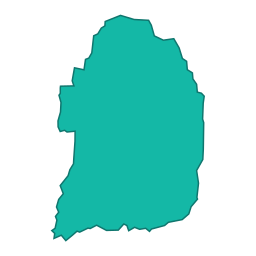 Florida, Puerto Rico
{"feature_id": "32010507B91189931708887", "entity_name": "Florida", "entity_type": "district", "adm_level": 2, "iso_a3": "PRI", "parent_name": "Puerto Rico", "parent_adm1": "", "projection": "natural_earth1", "projection_center": [-66.565, 18.375], "detail": "fine", "context": "isolated", "style": "filled", "palette": "teal", "viewbox_px": 256, "rotation_deg": 0, "n_neighbors": 0, "source": "geoboundaries", "source_scale": "gbopen_adm2", "svg_char_len": 1134}
<svg xmlns="http://www.w3.org/2000/svg" viewBox="0 0 256 256"><path d="M197.5,199.1L196.9,197.5L198.5,183.2L196.6,170.5L202.8,159.5L203.3,149.3L203.7,122.6L202.6,119.1L203.2,103.3L204.2,96.2L201.4,93.2L197.3,92.1L196.6,84.3L192.9,78.9L192.4,72.9L187.3,69.7L186.6,61.3L182.4,58.5L179.1,47.9L173.8,38.7L163.4,40.2L154.3,35.9L151.3,25.2L148.6,20.3L134.1,19.5L120.5,15.4L105.2,21.5L104.9,25.9L101.3,28.1L97.8,33.9L93.7,35.8L91.8,52.9L88.8,58.1L85.5,59.4L84.0,69.8L74.5,67.8L72.2,80.8L73.9,85.9L60.5,86.2L60.3,87.9L60.3,93.4L59.0,95.2L61.0,102.5L60.5,112.1L58.0,120.9L58.1,126.9L60.2,131.5L64.6,130.3L67.0,132.0L75.1,131.2L75.0,141.3L73.7,160.0L73.5,163.8L69.9,169.7L68.1,175.7L60.2,185.6L63.3,193.7L58.7,199.4L56.5,207.0L58.7,212.2L55.5,216.4L56.9,220.1L55.1,228.3L51.8,230.6L54.7,233.4L54.0,238.4L61.3,235.2L65.8,240.6L72.4,235.2L77.0,231.2L79.7,232.1L88.0,228.1L90.2,228.5L96.6,225.2L106.5,230.4L118.3,230.1L123.8,224.0L126.9,225.5L128.7,230.7L134.6,227.3L139.6,229.3L145.7,228.3L149.5,231.4L151.5,229.0L164.6,225.5L168.4,222.3L182.2,219.6L188.8,213.9L191.1,206.7L197.5,199.1Z" fill="#14b8a6" stroke="#0f766e" stroke-width="1.5"/></svg>